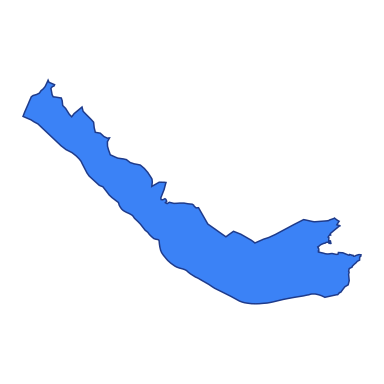 Drobeta-Turnu Severin, Romania
{"feature_id": "2599482B41880521076659", "entity_name": "Drobeta-Turnu Severin", "entity_type": "district", "adm_level": 2, "iso_a3": "ROU", "parent_name": "Romania", "parent_adm1": "", "projection": "equal_earth", "projection_center": [22.617, 44.673], "detail": "fine", "context": "isolated", "style": "filled", "palette": "blue", "viewbox_px": 384, "rotation_deg": 0, "n_neighbors": 0, "source": "geoboundaries", "source_scale": "gbopen_adm2", "svg_char_len": 4983}
<svg xmlns="http://www.w3.org/2000/svg" viewBox="0 0 384 384"><path d="M23.0,116.4L31.1,119.9L33.8,121.7L36.2,123.0L37.8,123.8L61.2,145.9L66.0,149.6L70.2,151.7L72.1,152.7L76.3,156.0L79.0,158.7L81.0,161.2L82.2,163.7L87.0,173.0L89.1,176.0L99.1,185.2L100.6,185.9L102.8,186.7L106.1,190.9L109.2,195.0L112.0,197.6L118.4,202.5L119.3,205.4L120.4,207.3L121.5,208.9L123.0,210.3L124.2,211.1L126.4,212.3L128.9,213.4L130.6,214.3L132.1,215.2L133.1,216.2L133.7,217.1L134.2,217.9L134.7,218.5L136.1,219.8L137.9,221.5L140.4,224.1L142.4,226.7L145.2,230.3L146.7,231.4L148.1,232.6L148.4,233.2L149.6,234.7L151.3,236.4L152.9,237.8L153.9,238.6L155.7,239.2L156.9,239.4L158.3,239.7L158.7,240.0L159.1,240.7L159.4,243.9L159.8,246.7L160.6,250.2L161.6,252.6L163.5,255.4L164.6,256.7L165.9,258.3L167.7,260.4L170.8,263.2L174.9,266.1L176.8,267.1L179.6,268.1L182.6,268.9L184.7,269.6L185.9,270.2L186.8,270.8L188.3,272.2L190.5,273.9L195.4,277.0L197.5,277.9L202.5,280.8L208.8,284.4L212.5,286.9L214.7,288.3L220.8,291.3L226.8,294.3L230.8,296.3L233.9,298.0L239.4,301.0L242.0,302.0L244.5,302.7L247.0,303.1L249.2,303.4L251.7,303.7L255.8,303.8L259.2,303.7L262.4,303.4L266.2,303.1L267.4,303.0L270.7,302.4L273.4,301.8L283.4,299.4L288.5,298.4L292.3,297.7L294.5,297.3L300.8,296.3L303.3,295.9L306.9,295.1L308.8,294.8L310.6,294.2L311.8,294.0L312.6,294.0L313.9,294.0L315.1,294.0L315.8,294.1L318.0,294.6L319.5,295.0L321.5,295.7L323.0,296.4L324.7,297.2L324.8,297.3L335.9,294.9L336.9,294.7L337.0,294.7L337.3,294.7L337.5,294.7L337.8,294.6L338.0,294.4L338.2,294.1L338.3,294.0L338.5,293.8L338.7,293.6L338.8,293.4L339.1,293.1L339.2,292.9L339.3,292.9L339.4,292.6L339.5,292.5L339.8,292.5L340.0,292.5L340.2,292.4L340.4,292.4L340.6,292.2L340.8,292.1L341.1,291.9L341.3,291.6L341.4,291.4L341.5,291.2L342.4,290.0L344.3,287.5L344.7,286.9L348.2,284.8L348.2,284.7L349.2,280.7L348.6,274.3L348.9,273.2L349.1,272.4L349.0,271.8L348.6,271.3L349.2,268.6L350.1,268.1L350.6,267.9L351.1,267.6L352.2,267.0L352.4,266.1L353.5,265.0L354.0,264.5L354.1,264.4L356.2,262.6L357.0,261.6L357.3,261.3L357.7,261.1L359.6,260.1L359.6,259.0L359.7,257.1L360.8,256.2L360.9,255.5L361.0,254.8L360.0,254.7L359.3,254.6L358.4,254.7L356.2,255.4L355.4,255.8L354.7,256.2L354.0,256.2L353.5,256.2L353.1,255.3L352.7,255.2L352.3,255.4L351.8,255.4L351.2,254.9L349.5,254.5L349.2,255.2L348.8,255.2L345.1,253.7L342.9,252.8L338.4,252.5L338.2,253.5L338.0,254.1L337.9,254.3L337.4,254.3L336.2,254.4L332.1,253.5L330.9,253.6L329.0,253.9L327.3,254.0L325.2,253.7L323.6,253.2L320.1,252.4L319.3,252.3L318.4,252.0L318.4,250.8L318.8,250.8L318.8,248.9L318.1,247.9L317.7,246.9L318.0,246.7L318.4,247.0L318.9,246.2L319.0,246.1L319.9,245.3L320.9,244.6L322.3,244.0L323.9,243.3L325.0,243.2L326.1,242.4L326.9,242.3L328.8,242.1L328.9,242.9L329.3,242.8L329.3,243.2L329.7,243.1L330.2,243.1L330.3,243.5L330.9,243.4L330.4,240.9L328.7,240.7L328.7,240.4L328.7,240.2L328.9,237.7L328.1,237.1L328.4,236.6L328.5,236.5L328.8,236.1L329.0,235.7L329.3,235.4L329.9,234.9L330.6,235.1L330.6,234.8L329.9,234.5L330.6,233.3L335.0,229.6L339.4,226.0L340.5,225.8L336.8,224.8L336.9,224.6L337.1,224.3L339.1,221.3L338.8,221.2L338.6,221.0L337.6,220.4L336.6,219.7L335.9,219.2L335.1,218.6L334.9,218.4L334.7,218.3L334.5,218.1L334.3,218.3L334.0,218.4L333.4,218.6L332.2,219.1L331.7,219.2L331.5,219.3L330.0,219.8L329.5,220.0L329.4,220.1L328.5,220.6L328.4,220.6L328.2,220.7L327.9,220.7L327.6,220.7L327.4,220.8L322.3,221.2L314.3,221.8L314.0,221.8L313.4,221.6L313.0,221.6L309.7,220.9L307.5,220.4L306.2,220.1L303.6,219.6L294.0,224.5L275.3,234.5L269.0,237.4L268.2,237.7L263.5,239.2L258.1,241.6L254.9,243.0L254.7,242.8L253.3,241.7L251.4,240.3L240.8,234.2L233.5,231.3L229.3,234.3L225.9,236.8L219.6,232.4L219.2,232.1L216.0,229.8L208.9,224.8L207.8,224.0L198.5,207.7L196.1,207.9L194.1,206.1L193.6,205.1L192.2,204.2L188.1,203.8L184.1,203.1L179.5,203.1L176.8,203.3L173.9,203.4L169.4,202.3L167.1,203.6L165.4,202.7L166.7,201.2L165.9,199.4L164.9,198.7L162.8,199.8L161.1,199.6L160.9,198.3L160.8,197.9L164.1,189.5L165.4,184.5L166.0,182.5L164.5,182.3L159.2,182.2L151.8,186.4L151.9,185.4L152.3,182.2L152.0,179.1L151.5,178.2L150.5,176.6L148.5,173.6L147.9,172.6L146.0,170.4L144.3,168.4L143.9,168.1L140.6,165.3L140.1,165.0L137.8,164.5L134.0,163.8L132.9,163.4L130.0,162.5L129.6,162.1L126.4,159.6L124.1,159.1L123.9,159.0L117.6,158.1L116.8,157.7L116.5,157.6L115.1,157.0L110.3,154.8L110.2,154.6L109.6,152.8L108.5,149.8L107.5,146.2L107.4,141.6L107.6,141.4L108.5,139.7L109.2,138.5L109.5,137.9L108.5,138.0L107.4,138.2L106.4,137.7L104.0,136.6L100.3,133.2L98.1,132.8L95.3,132.3L95.1,131.4L94.2,127.7L93.6,122.2L92.1,120.5L90.6,118.9L89.1,117.4L86.1,114.4L83.1,111.3L82.0,107.0L78.1,110.3L74.1,113.6L71.7,116.8L69.3,114.3L66.9,110.5L65.6,108.4L62.7,105.5L62.2,100.8L61.3,98.0L58.2,97.5L55.7,97.1L53.2,96.8L52.1,94.7L51.4,90.8L50.9,88.4L52.3,86.7L54.1,85.9L54.6,84.7L49.0,82.3L48.1,80.2L47.8,80.9L46.5,83.7L45.1,86.6L43.2,88.9L41.0,90.7L39.4,93.1L36.6,94.5L33.1,95.5L31.3,96.8L29.2,101.6L28.6,103.1L24.7,112.0L23.0,116.4Z" fill="#3b82f6" stroke="#1e3a8a" stroke-width="1.5"/></svg>